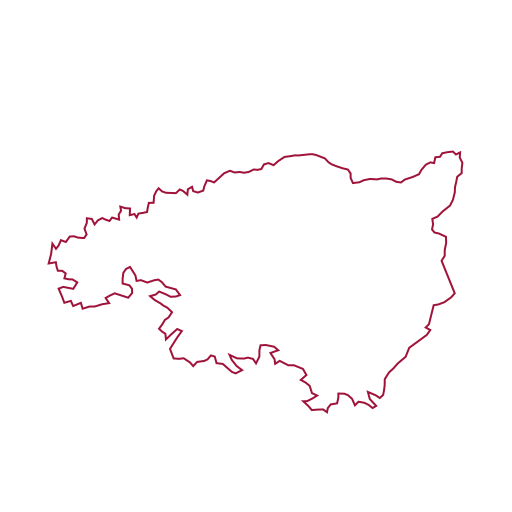 Mato Rico, Paraná, Brazil, rotated 11°
{"feature_id": "56859067B20079776482103", "entity_name": "Mato Rico", "entity_type": "district", "adm_level": 2, "iso_a3": "BRA", "parent_name": "Brazil", "parent_adm1": "Paraná", "projection": "albers", "projection_center": [-52.238, -24.697], "detail": "fine", "context": "isolated", "style": "outline", "palette": "rose", "viewbox_px": 512, "rotation_deg": 11, "n_neighbors": 0, "source": "geoboundaries", "source_scale": "gbopen_adm2", "svg_char_len": 3584}
<svg xmlns="http://www.w3.org/2000/svg" viewBox="0 0 512 512"><g transform="rotate(11 256 256)"><path d="M404.6,371.8L407.3,368.1L407.3,363.5L407.0,358.6L405.9,352.3L408.8,344.9L412.4,340.0L415.6,334.5L422.1,326.4L423.9,316.9L438.7,300.9L441.2,295.4L436.2,293.8L438.8,289.9L439.8,270.4L444.2,268.8L449.6,265.5L455.4,259.4L458.2,254.7L439.1,225.3L441.2,219.8L440.1,214.1L440.2,207.0L438.8,200.9L431.1,199.0L426.7,198.9L423.7,196.3L423.8,191.2L422.0,185.9L426.7,182.7L430.7,176.7L436.8,169.5L438.6,163.3L439.0,155.6L438.2,150.4L438.4,145.8L438.4,139.8L442.1,135.4L441.2,130.8L440.8,125.1L437.2,120.5L436.6,115.4L432.9,118.2L429.4,115.9L424.0,117.6L419.2,119.6L417.7,123.5L413.2,124.9L413.1,130.8L409.4,130.8L405.4,133.8L402.0,139.8L400.4,144.6L394.6,148.6L387.6,152.5L384.2,156.2L379.6,156.4L374.4,154.9L369.2,155.1L364.2,156.0L360.2,157.7L353.3,158.6L347.4,161.0L343.4,163.9L337.2,165.9L334.0,161.3L333.1,156.9L329.7,153.6L323.7,153.3L317.7,152.5L312.9,151.6L309.4,150.2L304.9,147.0L295.7,145.4L291.7,145.3L287.9,146.3L278.5,149.2L274.9,149.8L271.1,151.3L265.1,153.3L259.7,158.6L255.9,163.5L250.6,162.4L246.4,164.5L244.6,169.6L241.2,171.1L237.3,171.5L232.8,174.9L228.2,176.6L224.0,176.6L219.1,178.1L214.2,177.3L209.0,180.8L205.2,185.9L200.8,191.8L197.2,191.1L193.4,191.1L192.0,197.3L191.7,201.9L186.8,204.8L182.0,204.3L180.0,200.3L176.4,203.5L176.9,208.9L172.0,206.1L168.5,205.2L165.4,209.6L160.7,210.3L155.6,211.1L151.4,210.5L147.5,208.1L145.7,211.6L144.5,216.2L145.3,223.3L140.7,224.3L140.5,229.4L140.7,233.6L136.7,235.3L132.5,236.8L131.5,241.0L128.7,238.0L124.3,240.0L123.3,233.4L118.5,234.0L113.4,233.4L114.9,237.4L113.3,241.5L114.7,246.4L107.4,245.7L105.5,249.6L101.4,249.0L97.8,248.1L94.0,251.2L91.5,255.8L87.8,251.0L82.8,251.2L83.6,255.8L82.4,261.8L85.6,267.2L83.8,271.2L77.9,271.9L73.4,271.4L69.4,272.5L66.7,278.5L61.5,277.7L60.2,283.5L58.3,287.1L53.8,282.7L54.5,293.2L53.9,302.9L60.7,300.3L62.3,304.6L64.3,308.3L68.5,307.5L72.5,309.4L72.2,314.5L76.7,314.6L80.3,314.0L85.6,316.0L82.9,323.1L72.7,323.1L68.5,325.7L73.3,332.8L76.8,338.5L82.8,335.4L86.1,340.0L93.0,335.4L95.9,340.8L102.2,337.4L107.5,336.3L114.2,332.7L120.8,330.3L116.4,325.9L120.0,322.8L124.4,319.6L138.5,321.3L141.5,316.0L140.5,311.8L137.2,308.9L130.3,308.5L129.4,303.7L129.0,297.8L130.9,293.5L134.4,290.8L141.3,298.0L143.5,303.2L147.7,301.7L154.3,302.8L161.0,299.1L164.7,297.8L168.7,299.7L173.1,303.3L183.7,304.1L188.9,308.9L185.0,311.1L179.9,312.3L174.4,310.7L167.7,309.4L164.9,313.0L159.7,315.6L165.1,318.6L171.2,320.7L174.7,322.4L178.9,323.7L184.3,327.2L181.8,333.1L178.7,336.2L177.3,340.4L174.7,345.9L178.1,348.1L181.9,349.6L183.5,355.1L187.8,349.0L192.6,342.7L197.5,343.9L194.7,349.8L192.3,355.8L189.3,363.6L194.7,372.3L200.2,371.6L204.5,370.2L211.6,373.1L215.4,376.1L218.4,371.2L225.2,368.9L228.2,366.7L230.7,362.2L234.7,362.6L237.7,368.7L244.0,368.3L254.5,374.4L258.4,375.1L264.1,370.7L258.0,367.7L252.0,362.6L248.9,358.1L256.9,360.1L263.7,359.0L267.5,357.3L272.7,357.6L276.5,361.4L278.5,354.2L277.3,347.6L277.5,342.8L282.5,341.5L291.1,341.6L295.8,344.3L292.0,346.5L288.7,348.5L293.9,353.8L295.4,358.2L299.3,354.4L304.0,355.8L308.6,357.1L314.0,356.0L323.6,357.9L328.2,363.2L323.6,369.1L328.7,370.7L333.5,373.3L337.1,379.9L342.6,381.3L338.7,385.0L333.9,388.7L330.1,389.6L336.3,393.4L340.1,396.6L345.5,395.1L351.1,393.8L355.5,395.8L355.5,391.6L357.7,387.4L363.7,385.2L363.9,379.5L363.1,375.3L369.1,374.3L372.9,375.1L377.5,377.8L381.6,383.7L384.4,379.5L390.2,379.4L394.8,380.6L399.5,383.0L402.6,380.2L395.0,374.7L391.8,368.1L400.2,369.9L404.6,371.8Z" fill="none" stroke="#9f1239" stroke-width="2"/></g></svg>